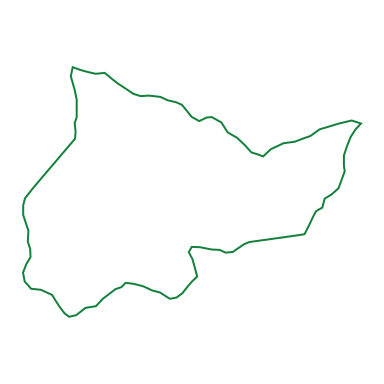 Cordeirópolis, São Paulo, Brazil (Natural Earth projection)
{"feature_id": "56859067B87866639520897", "entity_name": "Cordeirópolis", "entity_type": "district", "adm_level": 2, "iso_a3": "BRA", "parent_name": "Brazil", "parent_adm1": "São Paulo", "projection": "natural_earth1", "projection_center": [-47.407, -22.478], "detail": "fine", "context": "isolated", "style": "outline", "palette": "green", "viewbox_px": 384, "rotation_deg": 0, "n_neighbors": 0, "source": "geoboundaries", "source_scale": "gbopen_adm2", "svg_char_len": 1361}
<svg xmlns="http://www.w3.org/2000/svg" viewBox="0 0 384 384"><path d="M72.7,67.2L70.8,76.3L74.7,89.9L76.7,99.5L76.7,117.1L74.7,123.1L75.6,132.2L75.0,138.8L43.2,176.1L32.8,188.4L25.0,198.3L23.2,205.4L23.2,215.0L28.4,230.7L27.8,241.6L30.2,249.0L30.5,257.2L26.4,263.9L23.0,272.6L24.7,281.5L31.2,288.8L40.9,289.8L52.1,294.9L56.0,301.3L60.1,307.5L64.6,313.4L69.2,316.8L76.3,315.1L85.4,307.9L95.9,306.2L102.7,298.9L110.7,292.8L115.4,289.2L121.4,287.1L125.7,282.8L133.9,283.9L143.0,286.2L152.3,290.5L159.8,292.4L169.9,298.8L176.6,297.5L182.4,293.2L187.7,286.5L192.0,281.5L197.2,276.5L192.5,259.2L188.8,252.2L191.7,246.9L200.0,247.2L211.6,249.5L219.6,249.9L225.5,252.6L232.7,252.0L243.9,244.3L249.5,242.0L298.3,235.2L304.5,234.2L308.7,226.0L313.4,216.1L316.2,211.0L322.3,207.6L324.6,198.7L331.6,194.4L338.5,188.3L342.5,177.4L344.7,171.3L343.9,165.4L343.9,155.5L346.9,146.4L350.6,137.1L355.5,129.4L361.0,123.5L351.7,120.5L338.3,123.7L330.5,126.1L319.5,129.4L310.4,136.0L301.3,139.2L294.9,141.7L283.6,143.2L271.0,149.1L263.1,156.4L258.1,154.5L251.4,152.4L244.4,144.7L237.2,137.9L227.7,132.4L221.3,122.4L211.8,117.1L206.7,117.5L199.2,121.1L191.7,116.9L181.9,104.8L176.0,102.2L167.7,100.3L160.4,96.9L149.0,95.6L140.6,96.1L133.3,93.8L124.4,87.8L117.5,83.3L112.3,79.2L104.8,72.9L95.6,73.8L87.5,71.9L80.2,69.9L72.7,67.2Z" fill="none" stroke="#15803d" stroke-width="2"/></svg>